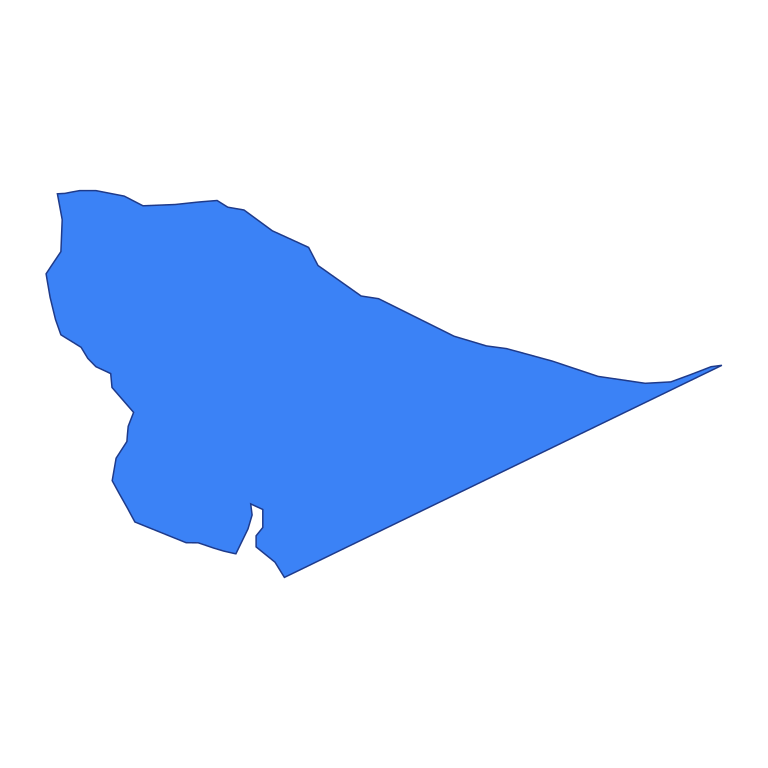 outline of Sapphire, Soufrière, Saint Lucia
{"feature_id": "8701671B57170093007223", "entity_name": "Sapphire", "entity_type": "district", "adm_level": 2, "iso_a3": "LCA", "parent_name": "Saint Lucia", "parent_adm1": "Soufrière", "projection": "albers", "projection_center": [-61.049, 13.85], "detail": "fine", "context": "isolated", "style": "filled", "palette": "blue", "viewbox_px": 768, "rotation_deg": 0, "n_neighbors": 0, "source": "geoboundaries", "source_scale": "gbopen_adm2", "svg_char_len": 966}
<svg xmlns="http://www.w3.org/2000/svg" viewBox="0 0 768 768"><path d="M217.1,200.5L202.2,201.7L195.8,202.3L175.3,204.5L143.0,205.8L124.2,196.1L95.9,190.6L79.7,190.6L71.4,192.1L64.9,193.4L62.6,193.5L57.4,193.8L62.2,219.7L60.9,251.6L50.9,266.5L46.1,273.8L46.9,278.7L50.1,297.3L55.5,319.5L60.9,334.8L65.4,337.6L81.1,347.3L87.8,358.4L95.9,366.7L110.7,373.6L112.0,387.5L133.6,412.4L128.2,426.3L127.4,434.9L126.9,441.5L116.1,458.2L112.2,480.7L118.8,492.8L126.8,507.0L128.2,509.5L128.7,510.5L134.9,522.0L186.1,542.7L198.2,542.8L214.4,548.3L223.8,551.1L234.7,553.6L235.9,553.8L248.0,528.9L252.1,515.0L250.7,503.9L262.8,509.5L262.8,527.5L256.1,535.8L256.1,546.9L275.0,562.2L284.4,577.4L721.9,365.3L715.1,366.2L711.1,366.7L689.6,375.0L670.8,381.9L645.2,383.3L598.1,376.4L552.3,361.1L506.5,348.6L486.3,345.9L454.0,336.2L378.6,298.7L361.1,296.0L318.0,265.5L308.6,247.4L272.3,230.8L244.0,210.0L227.8,207.2L217.1,200.5Z" fill="#3b82f6" stroke="#1e3a8a" stroke-width="1.5"/></svg>